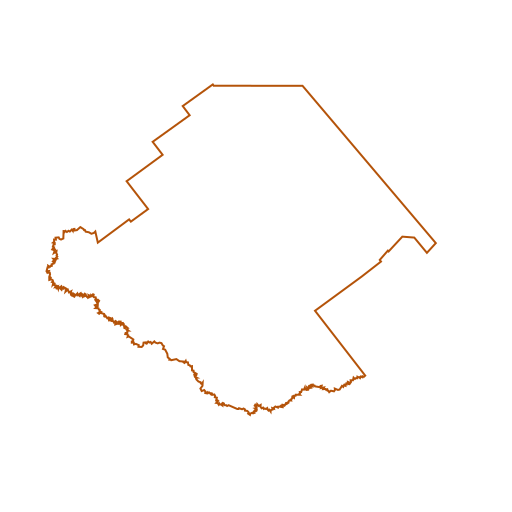 outline of San Cristobal, Santa Fe, Argentina, rotated 132°
{"feature_id": "61730980B50411515207012", "entity_name": "San Cristobal", "entity_type": "district", "adm_level": 2, "iso_a3": "ARG", "parent_name": "Argentina", "parent_adm1": "Santa Fe", "projection": "natural_earth1", "projection_center": [-60.804, -30.162], "detail": "fine", "context": "isolated", "style": "outline", "palette": "amber", "viewbox_px": 512, "rotation_deg": 132, "n_neighbors": 0, "source": "geoboundaries", "source_scale": "gbopen_adm2", "svg_char_len": 6154}
<svg xmlns="http://www.w3.org/2000/svg" viewBox="0 0 512 512"><g transform="rotate(132 256 256)"><path d="M98.4,335.3L157.8,401.4L157.4,402.9L193.6,410.8L195.8,399.5L240.3,409.2L243.3,393.1L287.0,402.2L293.3,367.6L314.2,372.0L313.7,374.8L351.9,382.5L345.3,391.8L347.3,391.9L349.6,393.2L350.2,396.1L351.9,398.9L351.2,400.5L351.8,401.1L351.4,402.1L352.1,405.9L356.6,406.4L358.7,408.1L357.4,409.1L357.8,409.5L359.3,410.0L359.9,409.4L359.7,410.6L362.4,410.7L362.7,412.2L364.7,412.6L364.8,414.4L366.6,414.3L365.9,415.3L366.2,415.7L371.9,410.9L374.2,411.9L374.8,413.4L374.2,415.1L376.5,417.2L377.7,415.7L378.9,417.1L380.5,415.5L381.8,415.7L381.0,414.3L382.0,413.4L382.9,414.1L385.0,413.2L384.7,412.0L385.3,411.9L385.6,410.2L386.8,411.9L387.5,411.8L386.5,409.3L389.0,408.2L386.1,407.4L387.5,406.5L388.0,404.8L389.2,404.4L389.4,403.3L391.0,403.4L391.0,402.1L391.8,402.6L393.4,402.1L393.6,403.1L392.9,403.7L393.7,404.7L393.9,403.3L395.7,403.3L395.0,401.6L395.5,401.3L396.2,402.3L396.9,401.3L398.9,402.3L400.5,400.5L399.8,401.9L401.9,401.9L402.3,403.9L403.4,402.6L403.9,403.3L407.5,401.5L407.7,400.8L407.1,401.1L405.8,399.9L407.6,399.4L406.4,398.1L407.5,396.7L409.4,395.9L409.4,394.1L410.5,393.8L410.8,394.8L412.1,393.6L410.4,392.6L410.0,391.0L410.5,390.1L411.8,390.1L411.3,388.9L413.2,387.8L411.6,387.8L411.3,387.2L412.6,386.5L411.7,384.7L413.3,384.4L411.8,383.5L413.2,383.4L413.6,382.5L413.0,381.8L412.4,383.0L412.0,381.9L412.5,381.1L411.0,381.9L410.8,380.6L408.7,380.4L409.0,379.5L411.1,379.6L411.2,377.9L409.8,378.5L409.1,377.1L407.8,377.9L407.2,375.2L409.9,373.7L406.9,373.4L408.2,370.6L406.0,369.8L407.2,369.3L406.9,367.7L408.0,368.3L408.6,367.6L408.7,366.6L407.7,366.1L408.2,365.1L407.8,363.8L406.7,364.2L407.0,365.4L406.1,366.2L405.8,363.8L403.5,363.7L404.5,362.4L402.3,361.8L403.8,361.2L403.7,360.1L401.7,360.8L402.1,358.7L400.7,359.9L400.6,357.9L398.6,358.0L398.6,356.9L400.8,356.6L399.2,355.8L399.5,354.4L398.3,353.8L399.3,352.8L397.1,351.9L396.8,353.4L396.3,352.0L395.5,352.4L395.6,351.4L393.5,351.5L393.3,350.8L395.0,349.8L395.1,348.9L394.0,347.5L394.8,346.4L396.1,346.2L396.4,344.9L394.3,344.3L394.3,342.6L395.2,342.4L396.6,343.6L397.0,343.0L396.7,342.1L398.3,340.8L398.5,341.7L400.4,342.8L400.7,341.1L400.2,340.2L402.1,340.4L400.3,338.1L400.9,337.0L400.6,336.1L401.6,335.4L401.3,334.0L404.0,335.1L403.9,333.9L402.5,333.8L400.7,330.1L402.4,328.4L402.2,327.8L401.1,327.8L401.8,324.9L400.3,324.5L399.6,322.7L400.2,322.3L401.4,323.2L402.2,322.1L401.1,321.3L398.6,321.1L398.9,320.3L400.8,319.7L399.9,318.4L400.4,317.1L398.3,316.9L398.2,315.2L400.2,315.4L401.0,314.8L399.3,313.9L398.1,312.4L397.0,312.7L397.0,314.0L396.5,314.1L395.3,312.7L397.7,310.3L396.6,310.1L395.6,310.8L394.8,310.1L395.1,308.6L397.0,308.5L396.0,308.4L396.2,307.3L397.6,305.6L397.3,305.0L395.4,305.6L395.4,303.4L395.8,303.7L396.4,302.4L397.2,302.6L396.9,300.9L397.7,301.7L399.2,300.2L400.5,301.4L401.5,300.9L400.7,299.8L400.4,298.0L402.0,297.3L400.9,296.7L400.1,291.3L401.5,290.5L402.6,291.1L403.5,290.3L402.1,288.9L403.3,287.5L401.7,286.5L400.7,283.5L402.1,282.6L400.1,280.1L398.0,280.0L395.6,281.6L393.9,280.1L394.6,279.4L394.3,278.6L391.7,278.9L391.6,277.3L390.4,276.8L391.0,274.8L387.5,274.4L387.7,272.9L386.7,270.6L385.0,269.8L384.0,268.0L384.8,265.5L384.6,264.0L387.3,262.9L386.4,260.8L388.0,256.5L390.4,253.7L390.2,251.8L391.0,251.0L390.2,250.5L390.2,249.3L385.9,246.2L385.4,242.5L382.9,239.2L383.5,238.8L383.3,237.6L381.0,238.0L381.7,236.9L380.6,235.4L382.2,233.4L381.5,232.0L381.9,230.8L380.7,229.9L383.8,227.0L383.0,225.7L384.0,224.8L383.3,221.2L384.6,220.6L385.2,221.6L384.7,222.5L385.4,222.6L386.7,220.5L386.1,218.5L386.8,219.1L387.6,217.8L387.8,214.7L386.9,212.8L387.6,211.8L387.4,210.7L385.8,210.9L388.3,208.9L391.7,208.6L392.7,206.0L390.3,204.8L390.6,202.8L391.8,202.0L390.9,200.5L389.9,200.8L390.0,199.9L388.8,199.7L388.9,197.1L388.0,197.5L387.6,196.9L388.3,195.5L386.8,194.3L387.3,192.8L388.5,192.1L387.5,190.3L389.9,189.0L389.0,188.1L389.0,187.2L391.7,187.2L390.9,186.1L391.4,184.3L390.2,184.6L390.5,183.5L389.8,182.8L389.6,181.0L388.2,182.5L387.4,182.4L387.1,181.1L387.9,180.3L387.7,179.2L386.8,178.3L386.8,177.1L385.2,176.5L382.2,167.5L381.4,166.6L380.5,166.8L379.2,163.8L377.7,163.2L377.4,161.6L378.3,160.8L377.0,158.9L377.0,157.4L377.3,156.6L378.4,156.4L378.1,154.2L377.1,154.8L375.4,154.1L374.9,152.9L373.8,152.3L373.6,153.5L371.8,153.6L371.6,152.3L370.6,152.1L370.0,152.4L370.6,153.4L369.4,153.5L369.7,154.6L368.7,153.9L368.0,154.3L368.1,156.8L367.1,157.0L367.3,156.0L366.5,155.3L365.3,156.0L365.6,153.6L363.6,152.9L365.1,151.7L365.4,149.9L363.9,149.3L364.4,147.8L363.5,147.5L363.0,146.1L361.5,145.9L362.5,143.8L362.5,143.2L361.3,143.1L361.8,141.1L360.8,141.9L358.9,140.9L358.1,142.1L357.4,140.4L356.8,141.2L354.9,140.9L354.0,138.3L353.3,138.8L352.0,137.5L350.1,137.2L349.9,136.4L351.2,136.1L350.5,135.0L348.8,136.5L348.0,133.9L347.7,135.5L346.3,134.7L345.1,135.3L344.5,134.8L344.9,134.1L343.2,133.7L342.5,134.5L341.0,134.5L339.9,133.2L339.5,134.1L337.8,133.8L336.0,135.0L335.1,134.6L336.1,133.5L336.0,132.8L334.3,134.0L333.3,133.1L332.5,133.6L329.8,130.6L329.8,131.6L328.6,131.5L327.8,132.4L326.9,131.4L324.3,132.5L323.2,130.9L321.2,131.6L322.0,130.6L320.6,129.8L321.7,129.9L321.9,129.0L321.0,128.2L320.7,129.2L320.1,129.0L319.5,129.8L319.4,128.3L318.0,129.1L318.2,127.9L317.5,127.3L317.5,129.3L316.9,129.4L315.9,129.1L316.3,128.1L315.2,126.7L314.3,128.4L313.5,127.7L314.0,127.0L313.1,125.8L313.4,124.9L311.4,121.8L310.5,120.7L309.4,121.1L308.5,120.4L310.7,119.4L308.2,117.5L310.0,117.0L308.2,115.2L308.5,114.3L307.4,113.8L308.2,112.7L307.7,112.0L308.2,110.5L306.0,110.2L304.4,107.5L302.7,107.7L301.8,108.7L300.7,105.5L299.3,104.5L295.0,105.2L294.9,103.6L293.4,104.2L292.7,102.8L292.0,103.9L290.9,102.7L290.1,103.6L289.0,102.7L288.1,103.5L287.7,102.3L290.1,101.8L289.3,101.8L288.7,100.8L286.1,101.1L285.0,102.5L283.5,100.8L281.1,102.1L281.2,100.2L279.9,100.0L279.2,99.1L278.0,99.8L278.0,98.9L277.1,98.5L277.1,97.0L275.5,97.5L274.9,95.8L274.1,96.3L273.6,95.0L271.8,94.8L257.2,175.5L200.6,163.7L176.5,159.4L176.1,161.4L163.8,161.6L163.9,160.5L143.7,160.2L136.4,150.7L139.3,131.1L126.1,131.0L98.4,335.3Z" fill="none" stroke="#b45309" stroke-width="2"/></g></svg>